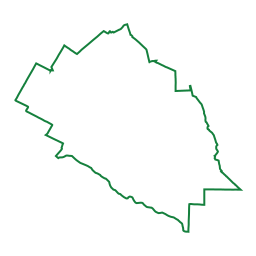 the district of Vanjulet, Mehedinti, Romania
{"feature_id": "2599482B359218317379", "entity_name": "Vanjulet", "entity_type": "district", "adm_level": 2, "iso_a3": "ROU", "parent_name": "Romania", "parent_adm1": "Mehedinti", "projection": "equal_earth", "projection_center": [22.785, 44.428], "detail": "fine", "context": "isolated", "style": "outline", "palette": "green", "viewbox_px": 256, "rotation_deg": 0, "n_neighbors": 0, "source": "geoboundaries", "source_scale": "gbopen_adm2", "svg_char_len": 5725}
<svg xmlns="http://www.w3.org/2000/svg" viewBox="0 0 256 256"><path d="M188.4,231.7L188.4,229.1L188.7,224.7L188.7,224.0L188.7,222.6L188.7,221.8L188.7,221.1L189.0,214.1L189.1,207.8L189.3,204.2L190.1,204.0L191.0,204.0L193.8,204.3L195.7,204.3L199.0,204.4L201.7,204.7L203.5,204.8L204.3,204.8L204.3,197.7L204.3,195.5L204.3,192.5L204.3,190.8L204.3,189.4L205.1,189.4L210.3,189.4L221.7,189.5L225.6,189.6L228.0,189.6L230.6,189.6L232.8,189.7L235.0,189.6L240.6,189.7L237.3,186.7L236.0,185.3L235.5,185.1L234.7,184.1L233.1,182.9L229.2,179.0L228.2,178.1L227.9,177.7L227.5,177.4L226.7,176.5L226.2,176.3L225.6,175.5L224.4,174.5L223.7,173.8L223.1,173.2L222.8,172.9L222.1,172.5L221.6,172.1L221.1,171.5L221.7,171.0L220.6,169.7L220.0,168.8L219.7,165.7L219.2,164.1L218.6,160.6L217.7,160.2L215.3,159.5L214.9,158.5L214.7,158.3L214.9,157.0L215.1,156.8L215.0,156.4L214.6,155.9L215.2,155.5L215.6,154.9L217.0,153.2L217.7,152.1L217.9,151.6L217.4,150.5L216.4,149.1L216.2,148.3L216.2,147.9L216.2,146.7L216.6,145.8L217.0,145.2L217.4,145.0L217.4,144.8L216.9,143.7L216.1,142.6L215.3,139.8L214.3,136.8L213.8,135.2L213.1,134.3L212.1,132.8L209.6,130.8L209.1,130.2L209.0,129.8L208.5,129.6L208.3,129.2L207.7,129.0L207.5,128.5L207.5,127.9L207.5,127.5L207.7,126.8L208.1,126.3L208.4,126.2L208.5,126.1L208.5,125.9L207.1,123.5L206.5,122.3L205.8,121.9L205.6,121.4L205.6,121.2L205.5,120.8L205.4,119.8L205.5,118.9L205.5,118.0L205.3,116.7L204.0,113.3L204.1,111.8L203.9,111.1L203.3,109.2L202.6,107.3L202.0,105.4L201.6,104.4L200.9,103.5L200.1,102.7L197.7,99.5L196.6,98.1L196.2,97.1L193.5,96.0L193.0,95.9L192.6,95.6L192.4,94.3L191.4,89.9L190.4,85.9L189.9,86.0L190.0,87.1L190.3,88.3L190.4,89.1L190.6,89.6L190.7,90.4L185.1,90.6L175.6,91.0L175.6,90.7L175.6,90.0L175.6,88.4L175.6,85.7L175.7,82.6L175.6,79.2L175.6,78.2L175.5,77.5L175.5,76.4L175.4,75.3L175.4,73.0L175.3,71.6L175.3,71.1L168.6,68.1L167.7,67.7L167.2,67.5L166.9,67.3L166.3,67.2L164.8,66.5L164.3,66.2L163.9,66.0L163.4,65.7L162.4,65.3L161.4,64.8L160.8,64.5L160.2,64.2L158.0,63.1L157.5,62.9L156.9,62.8L156.6,62.6L155.7,62.2L155.3,61.9L156.2,60.7L155.6,60.7L154.4,60.9L154.0,61.1L153.4,61.1L153.2,61.0L152.7,61.0L152.0,61.2L151.6,61.2L149.7,61.9L149.4,62.1L149.3,61.9L149.1,60.8L148.4,57.9L147.5,53.9L146.5,49.8L146.4,49.6L146.2,49.3L145.3,48.4L142.6,45.9L141.9,45.2L140.2,43.6L139.2,42.6L137.1,40.8L136.1,39.9L134.5,38.6L132.4,37.1L132.5,36.7L132.4,36.3L131.7,35.5L131.1,35.0L130.8,34.8L130.5,34.8L129.9,32.6L128.8,29.5L127.9,26.6L127.2,24.3L126.1,24.6L124.9,24.9L124.4,25.1L124.1,25.3L123.8,25.5L123.5,25.8L123.2,26.2L122.6,27.1L120.8,29.0L120.4,29.2L118.9,29.9L118.7,29.9L118.4,30.1L113.7,32.5L113.3,32.4L113.2,32.3L113.0,32.0L112.8,31.8L112.7,31.8L111.4,32.4L111.3,32.5L111.0,32.5L110.8,32.4L110.7,32.3L110.4,31.8L110.1,31.3L109.9,31.2L109.7,31.3L109.5,31.5L108.9,32.5L108.7,33.0L108.4,33.4L108.0,33.4L107.8,33.4L107.6,33.3L107.1,33.1L105.9,32.4L104.3,31.4L103.7,31.1L100.6,33.6L97.3,36.6L93.5,39.7L88.6,43.9L82.7,48.8L81.6,49.7L79.7,51.6L78.9,52.3L77.0,54.0L75.9,53.4L75.5,53.1L74.8,52.7L72.6,51.1L71.5,50.5L71.0,50.1L70.5,49.8L69.8,49.2L69.5,48.9L67.9,47.9L67.3,47.5L66.1,46.7L64.3,45.4L63.3,47.3L60.1,52.7L58.9,54.6L57.8,56.6L56.7,58.6L51.9,66.2L51.4,67.0L52.8,70.4L52.6,70.4L52.0,70.5L50.9,70.1L50.5,70.8L50.5,70.7L43.9,67.3L40.7,65.7L39.1,64.9L38.0,64.3L36.2,63.4L35.4,64.8L35.1,65.4L34.3,66.8L33.3,68.7L27.8,78.2L26.4,80.7L25.1,83.2L24.2,84.5L23.6,85.8L22.7,87.2L20.7,90.8L19.5,92.9L18.3,95.0L17.8,96.0L16.7,98.1L15.7,99.7L15.4,100.1L15.4,100.3L15.7,100.6L16.0,100.8L16.6,101.1L26.4,105.8L28.0,106.7L28.1,107.0L28.0,107.4L27.5,108.3L26.5,109.8L26.2,110.5L26.1,110.8L26.3,111.2L26.5,111.4L29.8,113.0L30.3,113.3L37.1,116.8L38.5,117.6L40.4,118.5L42.5,119.6L43.7,120.3L44.1,120.6L44.9,121.0L45.8,121.4L46.7,121.7L47.3,122.0L48.7,122.8L51.1,124.1L51.9,124.6L52.2,124.8L52.2,125.1L52.1,125.5L51.5,126.4L50.4,128.4L48.3,132.0L47.7,133.2L46.9,134.1L46.2,134.7L45.8,135.0L53.5,138.8L62.7,143.2L63.0,143.4L62.9,143.6L62.9,143.9L62.6,144.5L62.4,145.1L61.9,146.9L61.6,147.5L61.6,147.8L61.6,148.0L61.9,148.5L61.8,148.8L61.7,149.3L61.3,149.8L60.5,150.8L56.6,155.2L55.9,156.0L57.3,157.3L58.3,158.1L58.6,157.9L59.3,157.5L60.3,157.4L61.3,157.4L62.6,157.3L63.8,156.9L65.0,156.3L65.5,155.9L66.0,155.7L66.9,155.5L67.9,155.6L69.2,155.8L70.3,155.9L71.0,155.9L71.6,156.0L71.8,156.0L72.1,156.1L72.9,156.9L74.7,158.6L76.4,160.1L77.9,161.2L80.3,162.9L82.3,163.7L85.9,165.2L87.9,166.1L89.8,167.3L90.6,167.7L91.1,167.9L91.4,168.3L92.4,169.9L93.5,171.0L95.5,172.8L97.6,173.5L98.1,173.8L100.2,175.0L100.8,175.9L102.3,177.0L104.7,178.4L105.0,178.4L105.9,178.7L106.2,179.0L106.9,179.6L108.4,181.1L108.8,181.5L109.1,181.8L109.3,182.3L109.5,183.5L110.1,185.4L110.6,186.4L111.3,187.6L112.2,188.4L113.4,189.6L115.1,190.1L115.7,190.6L116.7,191.7L118.0,193.1L118.7,193.7L119.8,193.9L120.1,194.0L120.5,194.3L120.9,194.6L121.4,195.2L121.8,195.5L123.9,197.1L125.5,198.0L126.3,198.4L126.8,198.4L127.2,198.4L127.7,198.3L128.0,197.9L128.4,197.3L129.3,196.8L129.6,196.6L130.2,196.6L131.0,196.8L132.0,197.2L132.4,197.5L132.5,197.7L132.8,198.2L133.3,199.4L134.3,201.1L135.4,202.5L135.9,202.8L136.5,203.1L137.9,203.0L140.5,202.7L142.0,202.8L142.8,203.2L143.9,204.6L145.8,206.2L146.5,206.8L147.3,207.1L151.4,207.7L151.6,207.7L152.0,208.0L152.6,208.4L153.4,209.3L154.2,210.3L155.1,211.3L155.9,211.9L156.9,212.4L158.0,212.9L158.6,213.1L158.9,213.1L160.6,212.9L162.0,212.6L162.3,212.6L165.5,214.1L166.7,214.9L168.5,215.9L170.1,216.5L170.9,216.8L173.7,217.4L176.7,219.3L177.8,219.8L178.6,220.7L179.3,221.2L180.0,222.0L181.0,222.7L181.8,223.4L182.0,223.6L182.2,224.1L182.4,224.9L182.6,226.1L182.8,226.9L183.0,227.4L183.2,228.9L183.3,230.4L183.6,230.8L184.7,231.4L185.6,231.6L187.2,231.7L187.9,231.6L188.4,231.7Z" fill="none" stroke="#15803d" stroke-width="2"/></svg>